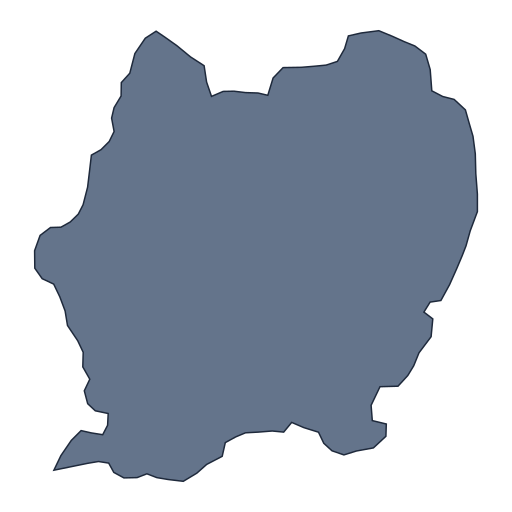 Dores de Campos, Minas Gerais, Brazil
{"feature_id": "56859067B85692850284281", "entity_name": "Dores de Campos", "entity_type": "district", "adm_level": 2, "iso_a3": "BRA", "parent_name": "Brazil", "parent_adm1": "Minas Gerais", "projection": "albers", "projection_center": [-43.994, -21.101], "detail": "fine", "context": "isolated", "style": "filled", "palette": "slate", "viewbox_px": 512, "rotation_deg": 0, "n_neighbors": 0, "source": "geoboundaries", "source_scale": "gbopen_adm2", "svg_char_len": 1578}
<svg xmlns="http://www.w3.org/2000/svg" viewBox="0 0 512 512"><path d="M431.1,336.7L432.8,318.9L423.9,312.1L430.1,302.1L440.9,300.5L449.6,284.6L456.6,268.9L462.1,255.9L466.0,245.9L470.2,230.9L477.4,211.6L477.4,194.1L475.8,173.6L475.3,153.8L473.0,136.3L469.4,124.0L465.4,109.9L454.1,99.4L442.7,96.5L431.8,90.8L430.2,69.6L425.7,54.2L414.9,46.0L404.1,41.6L392.6,36.4L378.8,30.7L361.0,33.0L348.4,35.9L344.6,48.7L337.4,61.4L326.1,65.1L314.7,66.2L301.5,67.3L283.1,67.6L273.1,78.0L267.8,95.3L258.0,93.0L245.5,92.6L234.0,91.2L223.2,91.4L211.5,96.4L206.6,82.1L204.1,65.7L190.5,56.9L176.9,45.7L164.8,37.1L156.1,31.2L145.3,38.2L134.9,53.5L129.8,73.2L121.3,82.6L121.1,96.0L114.1,107.6L111.6,118.1L114.1,131.5L109.2,141.5L101.0,149.7L91.4,155.1L89.7,169.7L87.6,187.2L83.1,204.7L78.3,214.1L70.2,222.0L60.9,227.2L50.5,227.5L40.1,235.4L34.6,250.7L34.8,268.2L42.2,278.7L53.7,284.1L59.8,296.8L65.1,310.9L67.5,325.5L77.7,340.7L83.2,352.3L82.8,366.9L89.8,379.2L84.3,390.8L87.7,403.7L95.3,410.8L108.2,413.5L107.6,425.3L102.7,434.7L91.3,432.9L81.1,430.6L71.3,440.4L60.9,455.6L53.9,470.2L68.6,467.2L87.7,463.3L98.5,461.5L108.7,463.1L113.8,472.4L123.9,477.9L137.1,477.6L146.9,473.8L156.8,477.6L168.1,479.5L183.3,481.3L196.9,473.1L206.7,464.4L222.2,456.3L225.3,442.6L235.7,436.9L245.5,432.8L258.4,432.1L272.2,431.0L283.7,432.1L291.7,422.4L303.8,427.6L318.5,432.2L323.8,443.3L332.0,450.8L343.9,454.9L356.4,451.0L373.4,447.9L385.9,436.3L386.3,424.0L372.3,420.6L371.1,405.3L380.0,386.7L398.0,386.2L407.8,375.5L413.7,365.8L419.0,352.8L431.1,336.7Z" fill="#64748b" stroke="#1e293b" stroke-width="1.5"/></svg>